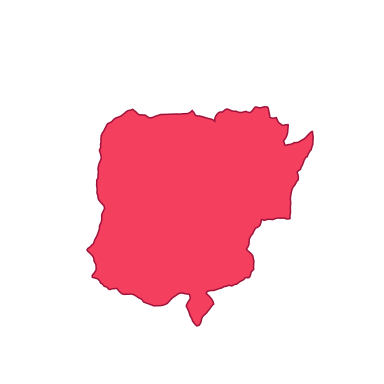 Soe, Thimphu, Bhutan (orthographic projection), rotated 320°
{"feature_id": "84629894B34921780137315", "entity_name": "Soe", "entity_type": "district", "adm_level": 2, "iso_a3": "BTN", "parent_name": "Bhutan", "parent_adm1": "Thimphu", "projection": "orthographic", "projection_center": [89.325, 27.786], "detail": "fine", "context": "isolated", "style": "filled", "palette": "rose", "viewbox_px": 384, "rotation_deg": 320, "n_neighbors": 0, "source": "geoboundaries", "source_scale": "gbopen_adm2", "svg_char_len": 4750}
<svg xmlns="http://www.w3.org/2000/svg" viewBox="0 0 384 384"><g transform="rotate(320 192 192)"><path d="M199.7,90.5L198.8,90.4L195.2,88.5L193.2,88.2L191.0,88.3L188.9,88.3L186.7,88.2L183.7,87.3L181.3,86.3L178.6,86.1L176.0,86.5L173.5,86.1L171.5,85.4L169.7,85.9L167.5,86.9L165.5,87.7L163.4,88.7L161.1,89.2L159.8,90.1L158.5,90.5L158.0,91.2L156.7,92.5L156.1,92.9L154.6,95.1L152.4,96.8L151.0,98.9L147.8,100.6L146.7,103.4L145.7,105.4L144.5,107.5L142.5,108.9L140.3,109.8L138.3,111.1L136.6,112.2L134.5,114.2L133.4,116.2L131.4,118.1L130.0,119.7L128.7,121.0L126.7,121.6L125.1,123.5L123.1,125.7L121.7,128.1L119.3,130.9L118.2,132.2L117.8,134.0L116.8,135.2L115.9,136.9L115.5,138.2L115.4,140.3L115.5,142.9L115.7,146.1L114.4,148.4L112.3,149.4L110.2,150.3L108.3,151.4L106.8,153.0L105.3,154.9L103.2,156.7L100.9,157.7L99.1,158.7L97.1,161.0L95.2,162.0L93.0,163.4L90.0,164.9L86.8,166.1L83.3,168.3L81.6,168.1L80.1,168.4L78.6,168.5L77.7,168.5L76.3,168.3L74.5,168.7L74.2,169.5L74.1,170.7L74.6,173.6L74.7,176.3L74.7,177.4L74.0,180.1L72.6,181.8L71.8,185.7L69.9,188.4L68.7,189.8L66.7,190.7L65.6,191.0L62.0,191.7L61.1,192.9L60.8,193.3L63.4,197.0L64.0,198.6L64.1,201.6L63.7,202.1L63.5,203.2L64.2,204.7L64.2,207.9L64.9,208.9L65.5,209.8L65.7,210.7L65.7,212.2L65.8,213.3L66.6,214.1L68.3,214.6L69.3,215.4L72.1,217.2L72.4,217.6L72.4,219.2L72.4,221.2L72.4,222.1L72.7,223.3L72.7,224.2L73.3,225.6L74.5,227.1L76.5,228.5L78.3,230.0L79.2,230.5L80.2,231.5L81.5,233.5L82.5,236.4L82.9,238.0L83.5,239.7L84.2,241.1L84.5,241.9L84.5,242.9L84.3,244.0L84.3,245.4L86.7,249.5L89.6,254.7L94.7,258.7L96.2,259.7L98.6,260.7L101.4,261.5L103.2,261.2L108.8,260.5L111.8,260.8L113.3,261.0L114.8,261.0L116.7,261.4L119.2,262.6L120.9,265.0L123.7,268.1L124.2,268.8L122.8,271.7L121.8,272.7L120.3,273.1L118.0,273.8L115.6,274.8L114.2,275.8L113.6,278.3L112.7,281.6L111.1,285.3L110.4,288.9L109.5,291.2L109.3,294.5L109.5,297.6L111.6,298.6L113.9,298.1L115.8,297.0L118.0,295.2L120.3,294.2L125.4,294.0L131.5,292.6L134.8,291.8L136.6,291.8L137.7,289.4L138.2,286.8L138.2,284.8L138.2,282.8L137.8,279.5L137.7,278.9L139.5,278.0L141.3,278.5L143.2,279.7L145.5,281.5L148.6,282.7L151.1,283.6L152.8,284.5L155.7,285.1L157.7,286.3L160.4,287.2L161.6,289.0L162.8,289.8L164.2,289.9L165.7,290.5L166.9,291.3L168.9,291.4L170.7,291.4L172.4,291.7L174.2,292.2L175.9,292.3L177.2,292.0L178.7,292.3L179.5,293.6L180.7,294.2L182.5,293.8L186.0,291.3L189.6,290.9L190.7,289.3L192.3,287.5L195.1,284.6L196.3,282.0L197.4,280.3L197.7,278.3L197.6,276.8L197.2,274.4L196.9,272.4L197.0,270.7L199.0,270.2L201.8,268.9L205.5,264.9L209.5,263.2L211.4,263.1L213.4,262.1L214.1,261.8L216.8,260.7L217.4,260.6L219.8,261.2L220.9,261.3L222.4,261.3L223.6,260.7L225.9,259.2L227.2,257.9L228.1,258.2L228.7,259.5L229.0,260.1L230.1,260.7L232.2,261.4L235.0,263.8L236.2,265.1L239.7,266.3L241.3,267.2L242.6,268.7L245.1,270.5L246.4,272.0L247.1,273.5L248.3,274.3L249.6,275.3L250.1,275.3L251.6,273.3L253.4,271.8L254.3,271.0L258.1,266.3L260.3,264.2L263.3,260.0L265.9,257.7L269.1,255.1L272.2,253.3L274.8,252.8L276.0,252.5L279.3,251.1L281.1,251.0L282.8,249.3L284.2,247.1L285.2,244.4L287.2,244.1L288.3,244.3L289.7,244.4L291.4,243.2L293.6,242.4L296.3,241.0L298.3,239.7L300.5,238.9L301.3,238.5L302.1,238.7L302.9,239.1L304.6,238.0L306.5,237.2L308.9,236.4L310.5,236.2L312.0,235.1L314.0,233.8L315.0,233.3L317.8,230.3L319.5,228.6L320.8,226.8L321.9,224.9L323.2,223.1L322.4,222.6L321.2,222.6L319.1,222.7L316.3,223.0L315.6,223.2L313.1,223.4L311.6,223.3L309.3,222.8L305.6,222.3L305.0,222.0L304.1,221.4L303.0,220.8L302.2,219.9L300.6,219.7L299.6,219.4L298.1,218.8L295.3,217.1L294.1,216.5L293.4,216.1L293.5,215.2L294.1,214.1L295.0,211.6L295.7,211.5L297.7,211.1L300.6,209.9L303.3,208.1L305.5,205.8L307.5,203.9L308.7,202.6L308.9,202.2L308.4,201.7L306.7,200.6L305.5,200.0L304.4,199.3L303.9,198.6L303.7,197.2L303.1,194.7L303.1,193.8L303.4,192.4L304.4,189.2L302.3,188.1L301.4,187.4L299.9,185.7L299.7,184.8L301.2,182.5L301.8,181.2L303.4,178.4L304.2,176.8L304.4,176.0L304.4,175.4L303.9,174.8L302.3,173.3L300.9,172.6L300.0,172.2L298.8,171.6L297.5,170.5L296.4,168.9L295.6,167.9L294.7,167.6L294.1,167.6L290.5,168.5L289.3,168.5L288.3,168.6L287.1,168.1L285.6,166.1L285.2,164.9L281.0,162.9L279.0,161.0L277.7,158.5L275.8,156.9L274.7,155.5L273.2,152.5L272.2,150.9L270.5,150.3L267.7,150.3L266.4,150.1L265.1,148.9L264.0,148.4L262.0,148.3L259.3,149.0L257.4,149.9L256.0,151.2L255.0,152.4L254.6,150.8L254.0,149.2L251.6,145.9L250.3,144.0L248.6,141.3L246.6,138.6L245.2,137.4L244.3,136.1L244.0,134.7L244.5,132.3L244.5,129.7L243.1,129.8L241.6,129.8L239.0,129.1L235.2,126.1L233.4,125.0L230.6,122.6L227.3,119.9L223.6,117.1L218.0,112.6L212.6,110.4L209.6,109.5L207.1,108.0L206.4,106.2L205.6,103.0L203.4,101.0L201.6,99.3L200.9,98.4L200.6,95.9L200.5,94.5L199.7,90.5Z" fill="#f43f5e" stroke="#9f1239" stroke-width="1.5"/></g></svg>